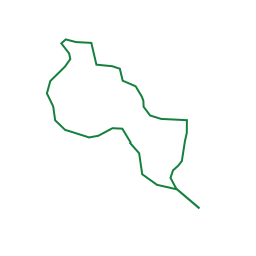 outline of Guro-gu, Seoul, South Korea, rotated 48°
{"feature_id": "91817680B1968034056748", "entity_name": "Guro-gu", "entity_type": "district", "adm_level": 2, "iso_a3": "KOR", "parent_name": "South Korea", "parent_adm1": "Seoul", "projection": "orthographic", "projection_center": [126.865, 37.485], "detail": "fine", "context": "isolated", "style": "outline", "palette": "green", "viewbox_px": 256, "rotation_deg": 48, "n_neighbors": 0, "source": "geoboundaries", "source_scale": "gbopen_adm2", "svg_char_len": 666}
<svg xmlns="http://www.w3.org/2000/svg" viewBox="0 0 256 256"><g transform="rotate(48 128 128)"><path d="M140.7,136.5L154.2,136.6L171.9,148.4L189.6,144.5L206.3,132.7L235.5,128.8L234.8,128.7L205.3,132.7L193.5,129.8L189.6,122.9L189.6,116.0L188.6,110.1L175.8,94.4L170.9,87.5L161.6,79.0L143.4,97.3L133.5,103.2L122.7,102.2L118.1,98.4L114.2,96.8L102.1,94.4L89.3,100.3L78.5,94.4L71.6,98.3L59.8,109.1L40.2,98.3L29.4,109.1L20.5,115.0L20.5,120.9L33.3,121.9L38.2,124.8L40.2,133.7L41.1,154.3L48.0,165.1L61.8,169.1L73.6,177.0L87.3,176.0L92.3,173.0L109.0,163.2L113.9,155.3L117.8,139.6L124.7,132.7L140.4,135.7L140.7,136.5Z" fill="none" stroke="#15803d" stroke-width="2"/></g></svg>